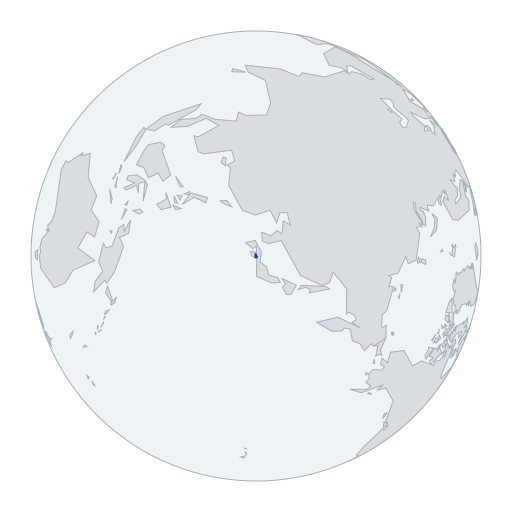 globe centered on Kagawa, rotated 100°
{"feature_id": "JPN-1833", "entity_name": "Kagawa", "entity_type": "Prefecture", "adm_level": 1, "iso_a3": "JPN", "parent_name": "Japan", "parent_adm1": "", "projection": "orthographic", "projection_center": [134.035, 34.276], "detail": "fine", "context": "on_globe", "style": "filled", "palette": "blue", "viewbox_px": 512, "rotation_deg": 100, "n_neighbors": 0, "source": "natural_earth", "source_scale": "10m", "svg_char_len": 12004}
<svg xmlns="http://www.w3.org/2000/svg" viewBox="0 0 512 512"><g transform="rotate(100 256 256)"><circle cx="256" cy="256" r="225" fill="#eef3f6" stroke="#a8b0b8"/><path d="M411.6,392.3L411.5,393.3L411.2,393.6L411.6,392.3ZM435.5,119.8L434.5,118.9L436.8,121.7L439.7,125.6L434.9,120.4L434.8,122.6L424.3,116.2L403.3,100.7L405.2,99.7L399.9,96.6L397.2,98.0L396.7,99.8L374.9,95.7L363.5,105.3L367.2,113.8L360.7,108.2L372.4,128.8L370.9,140.2L368.2,124.1L364.5,120.1L361.3,125.9L356.8,123.2L352.6,124.6L347.6,121.0L346.4,112.5L343.1,110.3L341.0,114.6L334.6,114.2L338.2,108.1L327.4,106.9L323.4,93.9L337.1,82.8L330.6,74.8L333.1,61.9L328.5,61.1L326.6,56.5L320.6,54.0L322.8,52.9L316.1,52.0L315.2,53.5L312.0,53.7L308.3,52.6L310.5,50.8L312.6,51.1L311.4,50.0L314.0,49.7L310.7,49.2L313.7,47.5L305.3,47.6L303.3,44.9L306.8,44.3L313.4,46.4L337.8,52.3L343.3,53.3L344.5,52.1L332.2,44.8L335.5,45.5L334.8,45.0L329.9,43.2L328.6,43.2L319.2,40.5L318.8,41.4L314.9,40.6L311.7,41.2L304.7,39.1L299.7,36.8L302.0,36.4L299.8,35.7L291.6,34.7L290.1,33.4L285.2,32.6L301.2,35.3L316.9,39.1L332.4,44.1L347.4,50.1L362.0,57.2L376.0,65.3L389.4,74.5L402.1,84.5L414.1,95.5L425.2,107.3L435.5,119.8ZM442.3,129.3L440.3,126.4L442.3,129.3ZM456.6,236.2L454.7,232.0L457.0,232.5L456.6,236.2ZM452.8,231.0L453.6,232.1L452.8,231.5L452.8,231.0ZM451.7,231.6L452.5,231.2L451.7,232.1L451.7,231.6ZM450.4,232.9L451.0,232.0L451.0,232.3L450.4,232.9ZM447.7,233.6L447.0,233.6L447.4,232.3L447.7,233.6ZM397.2,101.2L397.6,98.4L401.7,98.4L401.9,100.9L397.2,101.2ZM388.7,102.1L387.7,99.7L393.7,102.5L392.4,103.0L388.7,102.1ZM370.8,121.0L372.0,117.8L372.3,121.9L370.8,121.0ZM353.0,125.5L354.0,127.4L351.4,127.4L353.0,125.5ZM315.7,42.5L313.8,41.9L315.4,42.0L315.7,42.5ZM316.2,43.5L319.5,44.1L320.2,44.7L318.1,44.3L316.2,43.5ZM341.3,122.0L336.8,121.8L341.2,120.5L341.3,122.0ZM312.0,42.6L321.0,45.7L322.2,46.8L315.4,46.3L312.0,42.6ZM334.0,120.6L323.0,120.6L324.5,124.6L314.1,113.9L326.9,117.1L332.1,114.8L331.2,118.1L334.0,120.6ZM316.5,54.5L317.3,52.8L320.0,55.4L316.5,54.5ZM319.1,56.2L332.1,64.9L329.2,67.2L325.4,63.6L324.3,68.0L316.5,64.8L315.3,61.7L318.7,60.7L313.1,60.3L319.1,56.2ZM310.2,108.3L307.3,107.2L310.1,106.8L310.2,108.3ZM310.9,54.0L313.8,55.4L311.5,57.5L305.2,55.1L308.0,55.2L310.9,54.0ZM327.9,70.8L325.0,72.2L317.9,69.9L315.9,70.2L316.0,64.9L327.9,70.8ZM306.7,54.1L302.2,54.0L299.9,52.0L307.9,52.9L306.7,54.1ZM313.5,59.1L312.1,60.0L310.8,58.7L313.5,59.1ZM289.5,45.8L293.1,47.0L292.2,48.1L289.5,45.8ZM300.6,54.1L301.4,54.7L301.4,55.4L298.1,55.0L300.6,54.1ZM311.0,63.8L308.6,62.7L310.6,65.9L305.3,64.6L306.4,61.4L303.7,62.2L302.1,61.9L304.8,59.8L311.0,63.8ZM294.8,56.7L294.3,52.7L288.0,50.0L288.7,48.8L298.7,53.5L294.8,56.7ZM300.4,58.6L297.1,57.1L299.6,56.2L303.4,56.8L300.4,58.6ZM301.4,65.0L309.1,67.7L308.6,68.4L301.4,65.0ZM292.4,56.0L292.6,57.0L291.7,55.9L292.4,56.0ZM298.1,62.3L300.9,63.1L300.2,63.8L298.1,62.3ZM290.6,58.5L290.4,57.1L293.0,57.3L290.6,58.5ZM293.6,60.4L292.0,61.1L294.0,58.2L295.0,60.6L293.6,60.4ZM297.0,62.8L297.5,63.5L295.9,62.4L297.0,62.8ZM280.8,58.7L282.7,55.0L288.4,55.4L285.8,58.9L280.8,58.7ZM80.0,115.4L81.1,114.3L69.3,132.1L65.9,140.8L77.0,130.9L82.6,116.1L90.5,107.6L91.4,114.2L87.5,128.5L90.5,125.7L98.7,112.4L103.7,111.9L102.2,107.6L98.5,112.1L97.5,109.9L100.8,105.7L102.5,105.5L105.3,100.7L96.8,103.7L92.1,108.6L95.9,100.4L88.4,107.9L87.4,108.0L99.7,95.4L103.0,92.9L121.1,77.2L118.0,78.9L100.7,94.1L103.5,91.2L99.1,94.6L104.6,89.7L124.3,73.6L130.4,69.0L147.4,58.6L157.7,53.3L152.0,56.3L154.9,55.0L149.9,58.0L151.4,58.9L147.5,62.1L156.4,59.7L155.6,61.3L150.6,62.0L145.1,64.7L136.6,74.1L137.4,75.1L143.9,73.1L140.7,76.3L148.0,73.2L147.2,78.4L154.4,69.7L162.1,68.0L166.2,70.1L170.0,68.2L163.4,64.9L159.7,65.1L154.4,67.7L145.2,68.1L146.3,65.6L160.8,59.9L163.9,56.1L173.8,54.1L185.5,62.9L186.1,68.6L169.7,81.5L164.8,80.9L168.2,75.6L157.5,82.1L162.0,80.7L159.4,83.7L166.1,83.6L164.6,85.8L173.7,82.2L172.6,84.9L166.8,87.1L175.9,90.1L175.8,95.9L178.6,95.6L181.6,93.7L179.5,102.9L181.6,102.3L183.2,99.0L188.4,95.8L196.9,94.1L195.7,97.4L192.5,98.4L183.9,106.0L175.6,108.8L175.9,110.1L182.9,108.4L193.3,99.1L198.8,97.2L194.5,101.7L196.5,99.9L198.8,100.0L200.0,103.4L205.0,98.6L232.2,97.6L237.3,104.7L230.4,108.3L248.2,113.1L252.4,121.9L253.8,118.7L263.3,119.6L262.1,116.7L263.4,115.3L287.2,117.8L291.8,121.4L303.6,120.1L304.3,118.6L301.5,115.7L314.1,113.9L324.5,124.6L322.3,127.4L330.3,132.7L324.2,138.6L322.9,146.3L311.7,150.4L311.6,156.7L314.8,158.1L317.0,168.2L310.8,184.9L302.0,164.8L308.6,141.2L304.7,149.9L301.5,146.2L297.5,148.5L295.1,155.2L297.4,156.9L272.5,161.0L258.5,177.3L269.5,178.9L273.6,185.9L267.4,208.8L236.4,233.9L241.6,245.8L240.1,252.4L231.6,254.6L233.5,244.9L227.3,239.6L229.7,234.2L216.6,235.3L219.5,227.6L207.9,232.8L209.3,240.0L219.8,241.4L208.5,250.0L215.7,263.7L213.5,277.2L191.3,295.1L173.2,296.6L171.5,300.3L165.9,293.5L156.0,298.4L164.4,324.9L163.3,331.1L148.4,338.0L148.6,333.3L133.7,315.2L129.1,328.9L140.3,346.2L144.0,361.9L134.6,353.7L131.0,339.6L125.8,332.8L128.5,320.6L126.7,298.9L117.3,298.2L119.3,290.5L115.3,270.1L102.6,268.2L81.4,277.2L76.3,295.6L70.0,299.6L67.5,264.8L71.8,244.8L67.5,242.4L67.8,219.6L58.6,201.6L60.3,195.4L57.8,194.0L58.5,183.6L62.3,174.1L61.3,170.5L52.1,195.9L53.5,200.0L58.9,197.5L55.7,205.2L55.4,217.2L45.0,224.5L36.2,214.1L40.4,199.3L59.9,150.1L62.1,147.3L62.4,146.8L63.0,146.0L59.5,149.9L64.6,141.2L48.8,171.6L43.9,182.9L36.0,214.5L35.5,215.3L34.5,223.5L37.3,232.5L36.2,236.8L31.8,250.5L30.7,255.0L31.4,238.3L33.4,221.6L36.5,205.2L40.9,189.0L46.5,173.2L53.2,157.8L61.1,143.0L70.0,128.9L80.0,115.4ZM78.2,151.5L79.2,160.8L87.7,149.0L88.8,151.8L91.3,147.0L88.3,148.1L95.7,136.0L99.4,137.8L103.8,133.8L103.7,130.5L95.8,129.4L85.1,146.4L81.1,147.6L78.2,151.5ZM176.0,46.4L171.5,48.2L169.3,48.7L174.2,46.2L177.4,45.3L176.0,46.4ZM165.6,50.9L178.6,46.8L176.1,48.7L175.3,48.2L172.3,49.9L170.3,49.7L155.2,56.1L152.3,57.0L162.9,51.0L161.0,52.2L165.5,50.1L165.6,50.9ZM216.1,38.1L221.7,37.8L209.0,42.1L205.3,42.0L209.9,39.1L217.0,37.5L216.1,38.1ZM298.2,41.6L301.2,42.2L300.6,42.6L297.6,42.4L298.2,41.6ZM291.3,46.3L284.7,39.9L287.7,40.1L280.2,36.9L285.3,36.3L290.0,38.3L288.4,35.7L294.6,37.3L292.6,35.7L302.5,40.2L308.1,42.0L299.9,40.1L295.1,40.5L294.7,41.2L297.6,44.8L307.2,49.4L304.0,51.0L299.1,50.9L296.3,50.1L299.3,49.2L293.4,48.7L295.6,46.8L291.3,46.3ZM243.9,56.8L248.6,54.9L237.0,56.0L239.2,53.1L237.7,53.4L236.6,51.2L232.6,49.3L234.6,48.1L232.2,47.9L231.3,46.7L228.7,46.1L231.3,44.0L228.3,43.2L231.3,42.7L225.4,42.0L231.0,41.7L230.4,40.4L225.3,41.4L246.0,34.3L250.3,32.5L250.9,31.4L260.4,31.7L265.9,33.1L268.2,35.7L262.6,37.8L267.9,37.8L266.8,38.9L263.1,38.4L268.2,40.0L266.3,40.8L268.3,44.8L276.8,47.1L277.8,48.9L273.5,48.4L277.4,50.5L270.0,51.0L270.5,52.4L263.7,54.6L255.2,53.4L256.4,55.1L251.3,57.2L243.9,56.8ZM278.7,59.2L268.0,57.8L263.9,55.7L277.5,52.9L278.0,51.6L286.6,50.3L292.3,53.5L289.3,53.5L287.8,54.3L286.6,53.0L286.4,54.7L282.3,54.9L281.0,56.3L277.9,55.4L278.7,59.2ZM104.8,89.0L102.8,90.9L100.5,93.2L97.8,95.7L104.8,89.0ZM117.4,78.4L118.1,77.8L116.9,78.8L113.2,81.8L117.4,78.4ZM120.5,76.3L117.2,78.6L120.2,76.3L120.5,76.3ZM149.9,63.1L149.1,64.3L147.3,65.1L145.8,65.2L149.9,63.1ZM210.2,61.6L213.5,60.4L214.3,60.9L222.3,60.3L221.3,62.7L216.1,64.0L210.2,61.6ZM75.5,130.5L73.9,130.3L75.6,127.8L75.8,128.3L75.5,130.5ZM84.5,111.6L80.4,117.3L83.8,112.2L84.5,111.6ZM210.5,64.2L213.9,63.6L211.3,65.2L210.5,64.2ZM221.0,64.5L218.7,66.4L222.1,62.9L221.0,64.5ZM198.3,407.7L205.1,409.9L204.9,410.6L198.3,407.7ZM191.0,403.4L198.7,405.4L189.9,404.9L191.0,403.4ZM201.7,406.1L209.6,406.1L212.9,405.5L212.4,407.0L201.7,406.1ZM185.9,402.3L159.0,394.4L148.7,388.7L150.9,386.6L167.5,392.8L185.9,402.3ZM150.0,386.2L134.7,371.8L115.7,336.7L122.4,340.5L142.7,365.3L141.3,367.5L150.6,377.9L150.0,386.2ZM188.4,381.8L187.0,389.5L171.9,384.7L165.2,381.5L160.5,369.6L163.1,365.0L168.5,366.8L191.0,354.1L198.5,360.5L191.3,366.8L197.6,375.6L188.4,381.8ZM76.7,297.9L78.7,311.9L75.5,311.4L76.7,297.9ZM201.1,342.7L191.4,349.0L200.6,339.7L201.1,342.7ZM207.3,333.1L207.3,337.6L204.1,332.5L207.3,333.1ZM170.2,306.4L164.4,305.6L164.8,302.4L172.5,301.6L170.2,306.4ZM211.8,288.4L209.8,297.9L208.0,300.9L206.3,294.5L211.8,288.4ZM207.1,87.5L197.0,85.3L189.1,86.2L183.7,90.1L187.0,84.0L199.2,82.7L207.1,87.5ZM229.2,95.8L234.0,93.0L234.9,95.2L233.9,96.2L229.2,95.8ZM230.0,93.4L230.3,88.1L234.9,87.2L233.7,91.5L230.0,93.4ZM219.9,75.0L217.0,74.0L219.2,72.6L219.9,75.0ZM360.9,453.5L364.5,452.3L358.3,456.0L349.4,460.6L340.1,464.3L360.9,453.5ZM290.0,474.2L287.7,471.9L297.9,470.8L295.4,473.2L290.0,474.2ZM367.2,449.6L372.6,445.5L372.8,442.6L374.4,444.5L380.9,441.5L366.8,451.1L367.2,449.6ZM246.9,461.3L205.1,462.8L195.3,459.8L196.4,457.2L184.5,444.5L187.6,445.5L183.8,437.1L207.6,435.0L224.3,423.4L239.3,426.3L249.5,416.4L265.5,418.3L261.6,426.7L279.1,432.8L288.6,413.8L301.6,433.7L315.8,439.3L322.4,449.2L305.2,466.0L293.2,469.5L289.9,468.6L285.2,470.2L276.4,469.9L269.5,465.6L265.0,466.9L268.5,463.4L262.3,466.5L256.8,463.2L246.9,461.3ZM361.8,423.2L364.7,423.0L369.9,424.7L365.2,425.4L361.8,423.2ZM404.4,399.2L406.1,400.0L402.9,401.7L404.4,399.2ZM411.2,393.6L407.5,395.9L411.6,392.3L411.2,393.6ZM374.6,409.1L376.2,409.9L375.1,410.6L374.6,409.1ZM373.4,409.0L374.8,406.7L374.8,408.6L373.4,409.0ZM358.7,401.3L360.3,399.9L361.1,400.6L358.7,401.3ZM215.3,411.8L224.6,407.6L230.0,407.8L215.3,411.8ZM356.1,399.5L352.0,400.0L352.3,398.8L356.1,399.5ZM356.2,396.8L355.6,395.2L358.5,398.5L356.2,396.8ZM348.0,394.4L353.3,396.5L347.5,394.8L348.0,394.4ZM345.1,395.2L341.5,394.4L341.7,393.8L345.1,395.2ZM306.1,400.6L319.5,409.7L309.2,410.0L297.5,404.3L289.2,410.0L269.9,408.5L274.1,405.1L271.2,399.5L251.9,395.9L248.0,391.8L254.7,390.0L242.2,385.7L255.8,385.4L261.6,393.6L269.4,388.1L283.3,390.3L297.2,393.0L308.7,398.3L306.1,400.6ZM256.3,402.1L258.7,402.3L256.7,404.3L256.3,402.1ZM334.5,391.1L339.8,394.1L339.2,395.0L336.7,394.8L334.5,391.1ZM311.3,397.0L323.6,390.2L326.6,390.1L318.5,397.6L311.3,397.0ZM320.4,386.3L326.3,386.9L329.5,390.1L328.3,391.2L320.4,386.3ZM228.5,391.9L228.0,393.9L224.5,391.7L228.5,391.9ZM232.9,391.3L243.5,394.9L232.0,392.9L232.9,391.3ZM202.1,378.4L205.0,384.1L214.2,382.7L207.2,386.0L213.7,395.4L211.7,398.0L205.1,388.0L203.3,396.7L199.2,395.7L196.8,387.3L200.7,378.5L204.8,375.3L221.6,376.7L202.1,378.4ZM232.7,385.1L230.0,378.7L232.1,375.0L235.0,378.6L232.7,385.1ZM222.3,362.7L215.6,354.2L209.1,355.8L222.7,348.1L226.8,357.5L222.3,362.7ZM217.3,345.7L211.1,347.1L217.8,342.3L217.3,345.7ZM209.8,344.3L209.6,339.0L214.2,340.7L209.8,344.3ZM220.4,346.5L222.3,338.0L224.3,343.6L220.4,346.5ZM208.8,327.0L218.0,337.6L205.3,331.2L206.8,314.0L212.3,314.8L208.8,327.0ZM252.6,262.2L252.4,256.8L258.0,256.5L256.6,260.2L252.6,262.2ZM276.0,252.0L259.4,254.7L246.1,257.4L249.3,260.4L244.7,268.6L240.8,259.5L251.5,251.4L261.3,251.0L264.4,244.0L272.6,240.1L273.4,230.8L277.6,227.4L279.9,235.8L276.0,252.0ZM273.4,226.9L277.8,211.1L287.5,214.7L288.7,219.0L282.6,224.5L277.8,222.3L273.4,226.9ZM281.7,208.5L277.1,206.3L273.9,181.9L275.7,177.8L283.2,197.4L279.3,196.5L278.4,202.1L281.7,208.5ZM307.3,109.1L307.3,107.4L309.2,109.1L307.3,109.1ZM262.5,113.8L264.7,112.1L266.8,113.9L262.5,113.8ZM271.9,108.7L268.1,107.8L272.7,107.4L271.9,108.7ZM259.3,106.2L266.8,106.8L258.9,108.2L259.3,106.2Z" fill="#d9dde1" stroke="#a8b0b8" stroke-width="1"/><path d="M254.6,257.0L254.7,256.9L254.7,256.6L254.7,256.4L254.6,256.2L254.8,256.1L255.0,256.1L255.4,255.9L255.5,255.8L255.5,255.7L255.8,255.7L256.0,255.7L256.3,255.7L256.4,255.8L256.5,255.8L256.6,255.7L256.7,255.8L256.8,255.8L256.7,255.9L256.9,256.0L257.0,256.1L257.3,256.3L257.2,256.5L257.1,256.4L256.6,256.4L256.4,256.5L256.2,256.6L255.9,256.8L255.7,256.8L255.7,256.7L255.3,256.7L255.2,256.8L255.0,257.0L254.9,257.0L254.7,257.0L254.6,257.0ZM257.1,254.9L257.1,255.0L257.0,255.4L256.9,255.3L257.0,255.3L256.9,255.2L256.9,255.3L256.7,255.4L256.6,255.2L256.5,255.3L256.4,255.3L256.4,255.2L256.5,255.0L256.8,255.0L256.8,254.9L257.0,254.9L257.1,254.9ZM256.0,255.2L256.2,255.3L256.1,255.2L256.0,255.2ZM255.0,255.5L254.9,255.7L255.0,255.5Z" fill="#3b82f6" stroke="#1e3a8a" stroke-width="1.5"/></g></svg>